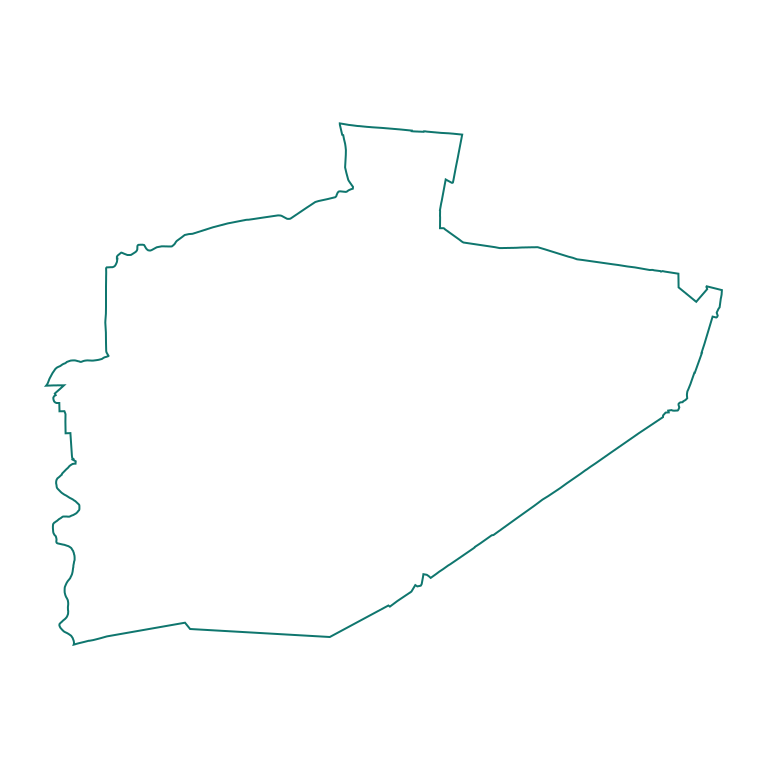 Guadalupe, Nuevo León, Mexico (Mercator projection)
{"feature_id": "50627088B2600524560813", "entity_name": "Guadalupe", "entity_type": "district", "adm_level": 2, "iso_a3": "MEX", "parent_name": "Mexico", "parent_adm1": "Nuevo León", "projection": "mercator", "projection_center": [-100.227, 25.677], "detail": "fine", "context": "isolated", "style": "outline", "palette": "teal", "viewbox_px": 768, "rotation_deg": 0, "n_neighbors": 0, "source": "geoboundaries", "source_scale": "gbopen_adm2", "svg_char_len": 5898}
<svg xmlns="http://www.w3.org/2000/svg" viewBox="0 0 768 768"><path d="M106.1,268.2L106.2,272.6L106.1,277.7L106.1,279.6L106.0,286.5L106.0,307.3L105.9,313.8L105.4,320.5L105.3,322.6L105.9,332.6L106.0,342.6L106.2,351.0L106.5,352.4L108.5,355.9L108.2,356.2L105.8,357.0L105.2,357.1L104.2,357.5L103.6,357.8L102.3,358.7L101.8,359.0L98.7,359.8L96.2,360.2L93.0,360.6L91.8,360.6L87.6,360.4L86.0,360.5L84.2,360.8L82.9,361.2L81.7,361.7L80.9,361.9L80.1,361.8L79.1,361.4L78.0,361.2L77.4,361.0L75.5,360.5L74.6,360.4L72.9,360.4L70.6,360.6L67.5,361.7L66.9,361.9L66.0,362.7L64.7,363.5L63.9,363.7L62.5,364.4L60.3,366.0L58.0,367.0L56.9,367.6L55.4,368.9L52.5,373.1L49.5,378.7L47.9,382.9L47.0,384.6L46.1,385.7L53.6,385.4L64.0,385.3L59.7,389.2L55.6,392.8L54.8,393.6L55.7,395.2L54.4,395.9L53.7,396.9L53.3,397.8L53.4,399.0L53.7,400.3L54.2,401.5L55.3,402.5L56.5,403.0L59.3,403.0L59.5,411.3L64.4,411.2L65.3,413.5L65.5,414.3L65.5,414.9L65.4,421.7L65.6,433.3L70.4,433.1L71.9,455.5L72.2,458.0L73.4,459.0L72.6,459.6L75.7,461.3L75.6,462.6L75.5,463.7L74.3,463.7L72.4,464.0L71.9,464.4L70.8,465.0L69.3,466.2L68.1,467.7L66.2,469.4L62.2,473.5L61.9,474.1L61.8,474.7L61.3,475.0L59.4,476.8L57.4,478.4L56.5,480.0L56.2,481.3L56.1,483.2L56.5,485.1L56.7,487.0L57.2,488.2L57.6,488.7L60.8,492.0L61.8,492.9L64.3,494.6L66.6,495.8L67.7,496.6L68.2,496.8L69.3,497.6L70.4,498.2L71.5,498.7L73.2,499.7L74.2,500.5L75.3,501.1L79.0,504.6L79.3,505.2L79.4,506.3L79.4,509.0L79.3,509.5L79.1,510.1L78.7,510.6L77.8,511.5L77.5,512.1L76.1,513.4L73.3,515.0L71.6,515.6L69.6,516.6L68.0,516.7L66.7,516.5L63.5,516.5L62.9,516.6L61.8,517.3L60.8,518.1L59.2,519.0L56.7,521.1L55.8,521.6L54.8,522.4L54.2,522.7L53.8,523.2L53.1,524.2L52.9,526.2L52.9,528.1L53.2,531.9L53.5,533.1L54.4,534.8L55.8,536.3L56.0,536.9L56.1,537.5L56.3,538.0L56.5,539.3L56.5,540.0L56.3,541.3L56.5,542.5L56.9,543.0L57.7,543.4L63.1,544.6L64.3,544.8L67.2,545.8L67.9,546.0L68.5,546.2L70.1,547.2L71.2,548.0L71.8,548.9L72.1,549.5L72.5,550.1L73.2,551.1L73.3,551.7L73.8,552.9L74.0,554.1L74.4,555.3L74.6,557.2L74.6,559.8L74.5,560.4L74.1,561.6L74.0,562.3L73.8,563.5L73.4,565.4L73.3,567.3L73.1,567.9L72.6,571.7L72.0,574.2L71.2,576.0L70.9,576.5L70.1,578.3L67.7,581.2L66.7,582.8L65.9,584.5L65.4,585.7L64.9,586.9L64.7,587.9L64.6,590.6L64.7,592.6L65.3,595.0L66.0,596.8L67.0,598.5L67.8,600.2L68.0,601.4L68.2,602.9L68.2,604.5L67.9,607.1L68.0,610.3L68.2,610.9L68.2,611.5L68.1,612.8L68.1,613.4L68.0,614.1L67.1,616.4L66.4,617.5L65.1,618.9L63.1,620.5L61.4,622.2L60.8,622.6L59.9,623.6L59.5,624.1L59.4,624.8L59.4,625.5L59.9,626.8L60.5,627.9L62.1,629.7L63.5,631.1L64.4,631.8L67.5,633.3L69.1,634.3L71.2,635.8L71.5,636.3L72.6,637.9L73.7,640.8L74.0,642.7L73.9,644.0L73.7,644.6L78.5,643.3L83.9,642.0L89.0,640.7L89.2,640.8L93.1,640.1L96.3,639.3L100.9,638.1L106.9,636.4L185.0,622.7L190.1,629.0L329.8,637.0L388.4,605.5L389.9,606.6L397.4,601.0L411.4,591.6L415.3,585.1L417.3,586.4L420.7,585.7L420.9,585.5L421.7,584.0L422.1,581.8L423.0,576.9L423.4,574.2L426.8,574.8L428.7,576.1L430.7,577.9L436.3,573.9L439.2,571.7L443.0,569.2L448.3,565.4L450.0,564.4L454.7,561.2L473.5,548.3L474.7,547.4L474.8,547.0L480.4,543.3L491.7,535.3L493.5,535.0L517.4,517.8L534.1,505.9L542.5,499.6L548.2,496.1L560.2,488.1L566.8,483.3L580.7,473.7L585.9,469.9L586.1,469.9L590.4,466.8L595.5,463.4L611.2,452.4L639.0,433.1L663.0,417.1L663.1,415.4L665.6,412.6L668.7,412.4L668.2,410.6L669.4,410.4L671.6,410.1L672.4,410.5L674.0,410.7L677.7,410.5L678.4,409.7L679.3,407.4L678.5,404.8L678.7,403.6L680.1,402.5L680.8,402.3L682.6,402.2L683.1,401.4L685.5,400.0L687.2,398.3L686.9,394.9L687.1,393.0L687.4,391.3L688.2,389.6L690.5,383.9L690.9,382.7L694.4,372.7L694.8,372.8L701.9,353.0L701.5,352.9L704.4,344.0L712.6,316.6L716.2,317.5L716.8,317.2L717.2,316.8L717.7,315.6L716.7,312.8L716.9,312.2L718.6,308.6L719.6,307.4L720.8,298.5L721.0,297.8L721.6,294.6L721.9,290.1L706.7,286.3L706.4,286.9L707.2,289.1L696.2,301.8L678.6,287.4L678.4,273.7L664.9,271.6L662.6,271.1L661.0,271.6L660.5,271.1L654.1,270.3L652.7,269.9L649.7,270.0L634.9,267.4L627.6,266.5L618.2,265.0L612.2,264.2L582.6,260.0L577.0,259.3L572.8,257.8L568.5,256.7L561.1,254.4L545.1,249.4L537.7,247.2L530.8,247.3L521.6,247.5L515.9,247.8L499.7,248.1L495.1,247.2L463.4,242.5L461.9,241.6L459.2,239.5L444.8,229.2L444.4,228.6L443.5,228.2L440.0,228.2L440.1,218.0L440.1,216.8L440.0,216.3L440.1,210.8L439.9,210.5L441.2,203.2L441.7,201.0L445.7,179.5L451.8,182.8L452.4,182.8L452.9,182.5L453.5,179.8L455.8,167.5L457.9,157.1L458.3,154.9L462.2,134.6L453.3,133.7L448.6,133.3L441.2,132.9L426.7,131.6L424.9,131.3L423.9,131.3L423.7,131.8L413.8,131.4L411.7,131.2L411.8,130.6L399.7,129.4L381.8,127.9L372.6,127.3L366.4,126.8L359.4,126.1L357.5,126.0L352.2,125.3L348.7,124.9L343.5,124.0L339.8,123.4L339.8,123.9L339.9,124.9L342.2,134.8L343.2,135.1L344.0,139.1L345.1,143.7L345.5,146.3L345.9,150.1L345.8,155.0L345.1,167.4L346.3,172.6L348.2,179.7L348.7,180.7L350.1,182.8L353.0,186.9L352.8,188.7L351.4,189.1L349.2,190.0L348.3,190.5L346.7,191.7L345.6,191.9L340.0,191.3L338.6,191.6L337.7,192.6L336.7,194.8L336.4,195.9L336.1,196.4L335.3,197.2L327.5,199.1L318.7,201.0L315.3,202.0L306.8,207.6L290.8,218.4L289.9,218.8L287.9,218.9L286.9,218.7L281.7,215.9L281.1,215.7L280.2,215.5L278.0,215.4L262.9,217.6L253.0,219.1L248.7,219.7L246.3,219.8L227.8,223.4L212.9,227.3L192.5,233.8L188.8,234.1L184.7,235.0L182.0,237.1L176.8,240.9L176.0,241.8L174.7,243.9L173.4,245.2L172.5,245.9L171.8,246.4L170.2,246.5L161.9,246.3L158.1,247.0L156.7,247.3L151.6,250.1L151.0,250.3L150.4,250.5L149.5,250.5L148.2,250.3L147.2,249.6L146.4,248.8L145.9,248.1L144.2,245.1L142.7,244.7L138.7,244.8L138.0,245.1L137.6,245.6L137.4,246.2L137.3,249.4L136.9,250.4L136.3,251.3L135.4,252.1L132.3,254.1L131.0,254.9L129.6,255.0L127.4,255.0L124.3,253.8L122.5,253.0L121.7,252.7L121.1,252.7L117.6,255.6L117.1,256.4L116.9,256.8L116.9,258.7L117.4,258.7L116.9,262.0L116.1,263.9L115.4,265.2L114.7,266.1L113.8,266.7L112.5,267.2L110.9,267.2L106.7,267.4L106.1,268.2Z" fill="none" stroke="#0f766e" stroke-width="2"/></svg>